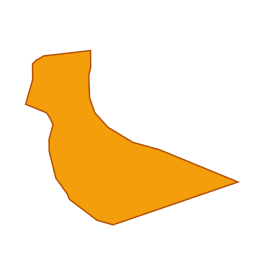 SVG path tracing the border of Šalovci, rotated 166°
{"feature_id": "SVN-196", "entity_name": "Šalovci", "entity_type": "Municipality", "adm_level": 1, "iso_a3": "SVN", "parent_name": "Slovenia", "parent_adm1": "", "projection": "albers", "projection_center": [16.282, 46.821], "detail": "fine", "context": "isolated", "style": "filled", "palette": "amber", "viewbox_px": 256, "rotation_deg": 166, "n_neighbors": 0, "source": "natural_earth", "source_scale": "10m", "svg_char_len": 498}
<svg xmlns="http://www.w3.org/2000/svg" viewBox="0 0 256 256"><g transform="rotate(166 128 128)"><path d="M221.6,175.8L208.9,197.7L205.1,213.3L204.0,213.9L200.6,216.0L192.2,218.3L145.6,212.2L149.4,196.3L153.4,188.5L158.0,166.6L156.5,150.7L147.2,133.4L126.8,112.9L102.8,99.3L34.4,49.0L166.0,37.7L180.5,46.1L202.0,72.9L202.1,73.4L202.8,78.6L210.1,96.7L210.1,124.2L207.4,136.0L199.9,149.5L201.2,156.1L203.2,162.3L220.8,175.3L221.6,175.8Z" fill="#f59e0b" stroke="#b45309" stroke-width="1.5"/></g></svg>